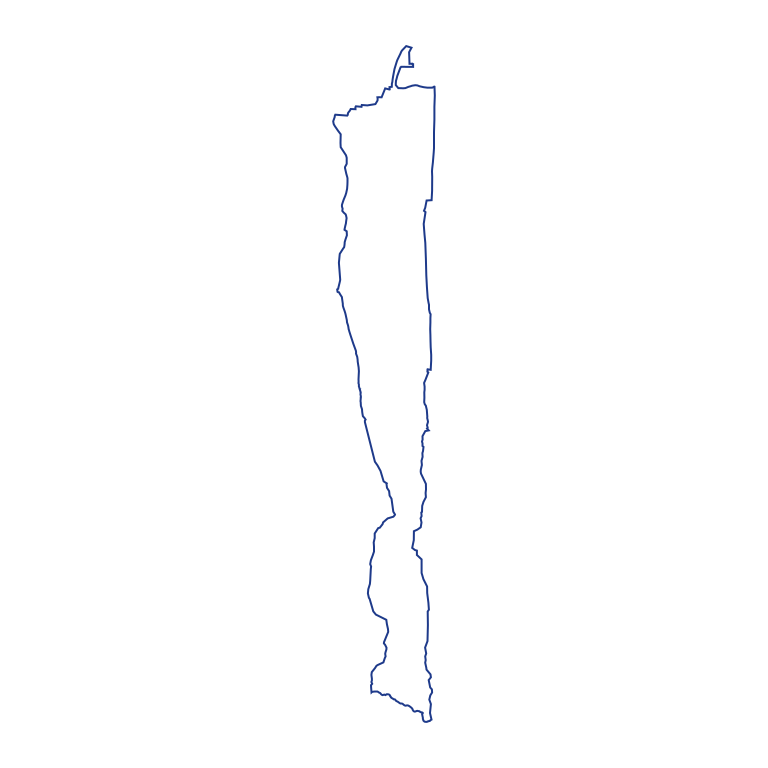 Dragus, Brasov, Romania (Albers equal-area conic projection)
{"feature_id": "2599482B95636369250135", "entity_name": "Dragus", "entity_type": "district", "adm_level": 2, "iso_a3": "ROU", "parent_name": "Romania", "parent_adm1": "Brasov", "projection": "albers", "projection_center": [24.778, 45.701], "detail": "fine", "context": "isolated", "style": "outline", "palette": "blue", "viewbox_px": 768, "rotation_deg": 0, "n_neighbors": 0, "source": "geoboundaries", "source_scale": "gbopen_adm2", "svg_char_len": 6027}
<svg xmlns="http://www.w3.org/2000/svg" viewBox="0 0 768 768"><path d="M431.5,719.6L430.0,713.0L430.9,704.1L429.3,699.6L430.3,695.4L432.1,692.5L431.9,689.4L430.2,687.5L428.7,680.1L430.9,677.3L430.5,674.4L426.5,669.6L426.3,667.8L425.2,662.7L425.7,660.1L425.2,656.4L426.2,653.5L425.1,647.6L427.5,641.1L427.9,625.1L427.7,611.5L428.9,609.7L428.4,602.7L427.2,593.0L427.1,586.5L423.4,579.1L421.6,573.0L421.6,559.4L416.9,555.0L416.9,550.6L414.9,550.0L412.2,547.9L413.8,540.1L413.9,531.2L417.4,529.6L420.7,527.3L421.5,522.5L420.6,518.3L421.6,516.1L421.3,512.5L422.0,511.9L422.2,505.9L423.5,501.8L425.9,497.2L425.6,493.0L426.0,489.4L425.9,483.9L421.0,473.6L420.7,471.7L420.8,469.8L421.9,465.0L421.5,460.9L422.6,456.9L422.4,453.1L423.0,451.1L423.5,446.9L422.5,446.0L422.5,443.3L422.0,441.6L422.6,439.5L422.5,436.2L425.3,431.1L428.7,430.4L427.0,428.5L427.7,427.8L427.0,425.2L427.8,422.6L428.0,421.8L427.7,420.1L427.2,418.1L427.3,416.5L426.8,409.8L425.8,405.6L424.8,404.3L424.2,402.2L424.4,397.7L424.3,392.3L424.6,389.9L424.6,386.6L424.1,383.0L424.3,382.4L425.3,380.2L428.3,372.5L427.4,371.7L427.6,371.0L427.4,370.0L427.6,369.3L430.7,369.8L431.2,360.5L431.2,354.9L430.7,347.3L430.5,340.5L430.4,335.0L430.2,329.2L430.4,322.5L430.4,318.2L430.6,314.2L429.8,312.8L429.0,309.3L429.0,307.1L429.0,304.8L428.6,303.1L427.7,298.1L427.2,291.1L426.9,286.7L426.3,275.3L425.9,259.0L425.3,242.9L424.5,234.4L423.7,223.9L425.5,212.1L424.0,210.8L425.2,207.8L426.6,200.5L431.6,200.2L432.1,190.9L432.2,176.8L432.0,171.2L432.2,168.5L432.9,162.3L433.7,152.6L434.0,148.2L434.0,132.1L434.4,119.6L434.4,106.8L434.8,95.5L434.5,86.7L434.2,86.6L432.5,87.6L430.4,87.7L427.6,87.7L423.7,87.2L419.7,86.3L417.3,85.4L415.2,85.2L412.1,85.7L410.4,86.3L408.3,86.9L405.4,88.1L403.1,88.3L401.4,88.2L398.3,88.1L395.8,85.1L395.8,83.2L396.0,80.7L396.5,79.1L397.3,75.9L400.5,67.4L400.9,67.2L401.2,66.8L413.1,66.9L413.1,64.2L412.3,64.2L412.2,63.7L409.5,63.8L409.1,52.2L411.5,47.7L406.2,46.1L401.9,50.6L401.1,52.0L400.5,53.5L397.3,60.1L396.7,61.8L394.5,69.0L393.1,76.4L392.6,79.5L392.3,82.1L391.9,83.5L391.8,86.8L389.5,87.1L389.7,89.4L389.4,89.5L385.2,88.4L381.6,97.3L378.8,97.2L377.4,97.3L377.6,98.3L377.6,100.2L377.3,100.9L375.4,104.1L367.4,105.4L361.8,105.0L361.5,106.8L355.9,106.3L355.4,107.2L355.5,109.2L350.7,109.0L349.9,110.6L348.2,112.7L347.9,113.5L347.8,114.8L347.2,115.6L335.3,114.7L334.8,115.8L334.7,117.0L333.2,121.3L333.5,123.1L333.8,124.3L334.9,126.2L338.0,130.7L340.7,134.3L340.5,142.9L340.7,147.2L346.0,155.3L346.7,157.8L346.7,161.2L346.7,163.8L345.0,167.1L345.0,168.0L346.3,173.8L347.2,176.9L347.5,178.3L347.5,181.8L347.4,184.9L347.1,188.8L346.2,193.0L345.4,195.5L343.7,199.6L342.9,201.9L342.0,204.7L341.9,206.0L342.1,207.1L342.6,208.7L342.3,210.9L343.7,212.6L345.6,214.3L346.0,215.3L346.6,218.1L346.4,219.5L346.1,221.6L345.9,223.5L345.3,225.8L344.6,229.0L344.5,229.8L346.7,231.3L346.9,235.3L345.5,239.4L344.7,242.1L344.6,244.0L344.4,245.7L344.1,247.3L343.3,248.3L339.8,253.8L339.7,254.5L338.9,262.8L340.2,279.6L340.1,280.5L339.5,283.1L338.3,288.0L338.2,288.8L337.2,289.4L337.5,291.8L337.9,292.1L339.0,292.3L340.1,294.3L341.9,297.1L342.1,298.8L342.8,303.7L342.8,304.6L342.9,305.9L343.5,307.9L344.5,310.7L345.2,312.9L345.7,314.9L346.1,316.8L346.8,320.0L346.9,321.0L347.0,322.3L348.0,325.3L348.3,326.7L348.7,329.4L349.0,330.2L349.3,331.4L350.6,335.5L353.3,343.7L355.9,350.8L356.1,352.2L356.0,353.4L356.2,354.1L357.2,356.8L357.6,359.6L357.7,361.6L358.1,364.2L358.6,367.3L358.9,371.2L358.5,379.6L358.6,381.2L358.5,382.7L358.6,382.9L358.5,383.3L358.9,384.5L358.9,386.6L359.2,387.2L359.6,388.9L360.0,389.1L359.8,389.5L360.1,390.5L360.3,390.9L360.4,391.9L360.7,392.2L360.6,393.6L360.5,393.8L360.5,394.6L360.9,396.3L360.7,397.3L360.9,397.8L360.7,398.2L360.7,399.0L360.5,401.2L360.7,402.2L360.9,405.9L362.0,409.2L362.2,411.9L362.5,414.0L362.9,416.2L364.6,418.1L365.6,419.6L364.9,420.6L364.9,422.1L374.9,461.7L377.5,465.4L380.5,470.9L383.6,481.3L384.4,481.9L386.8,483.4L386.5,484.0L387.0,487.8L389.1,491.1L389.6,495.6L391.5,498.7L393.3,511.7L395.0,514.5L394.7,515.2L393.4,516.7L387.7,518.4L383.1,522.4L382.6,524.1L379.8,527.7L378.2,528.1L374.7,533.5L374.7,538.1L373.7,542.4L374.0,546.7L374.0,551.6L372.8,555.2L370.9,560.2L370.2,564.1L371.1,566.5L370.8,569.1L370.2,580.8L369.9,584.0L368.3,589.2L367.9,593.4L368.9,597.8L369.6,598.8L373.3,611.4L375.9,614.6L386.3,619.8L386.9,624.1L388.0,629.1L388.2,631.9L384.0,642.2L383.9,643.4L385.1,644.8L386.5,647.7L386.4,649.4L385.5,652.3L385.2,653.8L385.6,656.4L384.8,658.1L383.4,662.4L377.5,665.1L376.4,665.9L375.0,668.1L371.8,672.1L371.4,674.9L371.9,678.7L371.9,680.5L371.4,682.0L372.2,683.8L371.0,685.2L371.1,687.1L371.5,692.4L371.7,692.2L372.0,692.0L373.1,691.7L374.9,691.5L376.3,691.5L376.9,691.5L377.3,691.5L377.8,691.7L379.1,692.6L379.6,692.8L380.0,693.0L380.4,693.3L380.9,694.0L381.3,694.4L381.8,694.8L382.1,694.9L382.6,695.1L382.8,695.1L383.9,694.7L384.4,694.6L384.7,694.7L385.1,695.0L385.4,695.1L385.9,694.8L386.3,694.5L386.7,694.3L386.9,694.2L388.6,694.4L389.1,694.6L389.4,694.8L389.8,695.2L390.0,695.5L390.0,695.9L390.1,696.0L390.5,696.4L390.8,697.2L391.1,697.3L391.3,697.7L391.6,698.0L392.5,698.4L393.7,699.3L393.9,699.3L394.6,699.3L395.0,699.5L395.5,700.0L395.8,700.6L396.1,700.8L396.5,701.1L397.9,701.8L399.8,703.2L400.5,703.5L401.0,703.5L401.6,703.5L402.4,703.7L402.7,703.9L403.6,704.7L404.3,705.2L405.1,705.6L405.5,705.7L406.0,705.6L406.9,705.4L407.7,705.4L408.1,705.5L409.3,706.1L410.5,707.0L411.6,707.9L412.4,708.9L412.5,709.2L412.6,709.6L413.3,710.8L413.7,711.2L414.3,711.5L414.7,711.6L415.4,711.5L416.6,711.0L417.0,710.9L417.5,710.9L418.4,711.1L418.7,711.1L419.5,711.3L420.4,712.1L420.7,712.1L420.9,712.2L422.0,712.4L422.7,712.8L422.8,713.0L422.7,713.4L422.2,713.7L422.2,713.9L422.1,714.3L422.3,715.1L422.4,715.6L422.6,716.6L422.8,717.4L422.9,719.0L423.0,719.1L423.2,719.7L423.3,720.2L423.4,720.6L424.2,721.4L424.7,721.7L426.1,721.9L426.7,721.9L427.1,721.8L427.7,721.4L428.6,721.3L429.0,721.0L429.5,721.0L429.6,720.8L430.1,720.7L430.4,720.4L430.7,720.0L431.5,719.6Z" fill="none" stroke="#1e3a8a" stroke-width="2"/></svg>